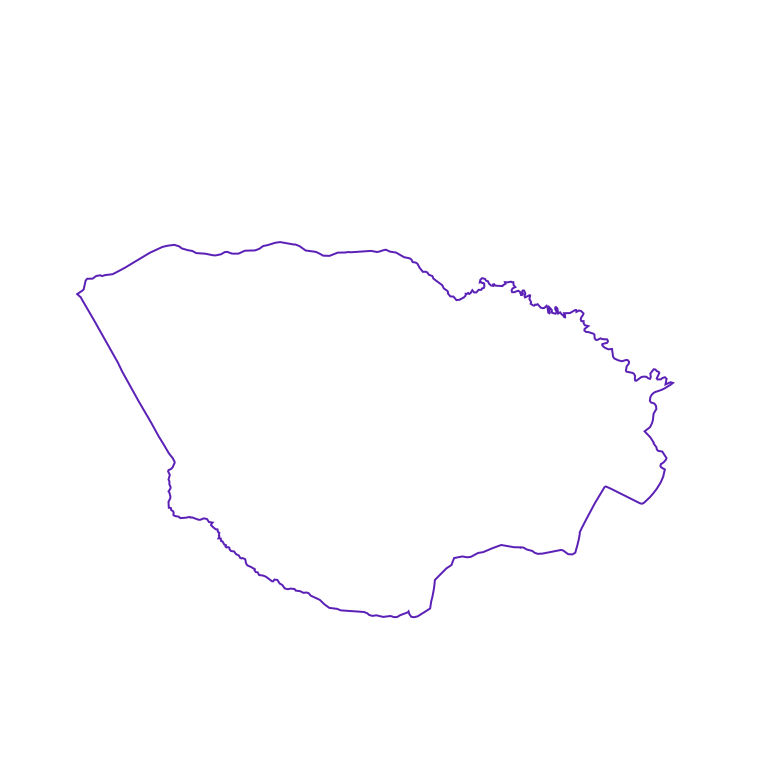 Kungu, Équateur, Democratic Republic of the Congo, rotated 59°
{"feature_id": "63176286B55786633055845", "entity_name": "Kungu", "entity_type": "district", "adm_level": 2, "iso_a3": "COD", "parent_name": "Democratic Republic of the Congo", "parent_adm1": "Équateur", "projection": "orthographic", "projection_center": [18.779, 2.549], "detail": "fine", "context": "isolated", "style": "outline", "palette": "violet", "viewbox_px": 768, "rotation_deg": 59, "n_neighbors": 0, "source": "geoboundaries", "source_scale": "gbopen_adm2", "svg_char_len": 6117}
<svg xmlns="http://www.w3.org/2000/svg" viewBox="0 0 768 768"><g transform="rotate(59 384 384)"><path d="M547.7,546.2L552.6,540.0L555.8,537.6L566.7,522.0L569.1,518.6L571.9,516.4L574.3,515.7L576.7,513.5L578.4,509.6L583.2,504.7L586.2,497.9L589.0,495.5L590.5,492.8L590.5,489.2L592.0,481.2L591.6,480.1L594.5,480.8L597.6,480.5L599.5,478.2L600.5,474.7L600.2,460.1L595.0,455.8L590.9,451.7L586.3,447.6L583.4,445.2L578.2,441.3L574.2,425.6L573.9,419.3L573.1,418.4L570.7,415.4L569.3,413.5L572.2,405.6L575.4,402.0L576.9,398.5L577.3,390.3L579.2,385.6L580.6,375.5L582.4,366.4L590.9,356.6L593.9,351.8L594.6,351.4L594.4,350.8L596.3,348.5L599.1,347.1L603.7,342.7L605.9,342.0L608.7,339.8L611.0,335.5L617.4,317.8L618.9,316.2L624.7,313.8L627.1,310.3L627.1,306.9L621.7,301.2L617.0,296.6L613.1,293.2L612.0,292.7L609.6,289.1L604.1,280.2L594.7,264.5L586.1,248.3L586.0,247.6L586.1,246.6L590.4,243.6L615.9,227.4L618.1,226.0L619.4,224.7L619.7,223.6L619.7,222.3L618.0,214.4L616.3,209.3L614.4,204.4L610.9,197.5L607.2,192.4L601.9,187.3L598.3,189.3L596.7,189.3L595.3,188.0L595.2,184.7L594.0,181.2L593.0,180.0L585.2,180.3L583.0,182.9L582.4,183.5L580.6,183.8L578.5,183.1L573.8,183.5L573.2,183.0L566.8,183.2L558.8,185.0L558.0,178.2L555.6,174.4L553.4,172.1L548.2,168.1L545.7,163.4L542.8,162.1L540.0,162.3L537.4,164.6L535.4,164.8L534.1,163.8L532.3,162.2L531.1,160.1L530.5,157.5L530.6,155.3L531.3,152.5L532.0,148.8L532.3,145.7L532.2,141.6L532.3,139.5L531.9,135.8L530.1,137.4L529.3,142.9L525.1,139.1L522.9,139.7L522.3,142.1L522.6,144.4L521.0,147.2L519.7,147.4L516.4,142.4L515.1,142.3L513.5,143.5L511.4,143.9L510.3,145.2L512.2,150.3L515.4,151.7L516.2,152.7L516.6,153.3L515.2,154.6L512.9,155.4L511.2,158.0L510.6,160.0L511.0,164.3L511.2,165.9L510.5,166.9L508.7,166.3L506.4,164.6L504.0,164.5L502.5,165.2L498.3,169.8L497.0,169.7L493.8,166.8L492.7,163.8L491.4,162.6L489.4,162.6L488.1,164.0L487.1,168.2L484.6,170.8L480.8,173.4L478.5,173.6L474.9,172.0L471.4,170.5L469.9,173.7L467.2,175.7L464.7,176.8L462.9,176.9L462.2,176.2L462.5,175.4L462.9,173.8L463.6,171.7L463.5,171.4L463.2,170.6L462.4,169.9L460.6,169.8L458.2,173.5L456.4,174.9L456.0,178.8L455.3,179.6L453.3,179.9L450.0,178.2L448.7,178.6L445.3,181.6L444.8,182.0L443.4,184.0L441.4,184.7L440.1,183.7L439.6,179.1L437.0,181.6L434.8,181.6L432.9,180.5L431.8,182.4L430.1,182.2L428.6,180.8L427.2,177.6L426.2,176.6L422.9,177.5L421.5,178.9L421.3,181.9L419.7,181.1L419.1,181.9L419.0,186.3L419.0,188.0L418.4,189.1L416.1,193.1L418.0,193.3L420.1,194.4L419.5,195.1L416.7,195.1L416.2,195.8L413.3,196.1L413.3,198.4L408.8,196.6L406.9,196.8L406.5,197.5L407.7,198.6L410.5,198.8L411.6,199.5L412.1,200.7L411.8,201.1L409.6,203.2L408.1,202.6L406.7,202.1L403.0,202.9L404.3,204.0L408.1,204.9L408.6,205.8L407.5,206.4L402.5,204.4L401.3,204.3L400.7,204.3L401.4,207.4L400.6,209.1L399.3,210.3L394.7,211.2L394.6,211.9L394.5,213.0L393.8,213.5L394.0,214.2L394.2,214.8L393.6,215.6L390.8,217.0L389.5,215.7L386.1,215.6L383.8,213.5L383.3,213.1L382.9,213.4L382.4,218.5L381.0,218.3L379.3,216.2L376.0,215.8L375.3,217.0L376.2,218.2L376.5,218.3L378.4,218.5L378.8,219.8L378.3,220.7L374.9,220.0L373.1,221.0L372.6,224.0L372.3,225.4L371.2,226.9L369.4,226.4L368.3,224.6L368.6,221.5L366.2,222.0L363.3,220.7L362.7,221.9L361.7,222.4L360.5,225.7L359.0,227.9L360.7,228.2L360.6,231.0L361.1,232.0L357.8,236.8L356.9,238.0L355.2,238.2L355.1,238.6L354.9,239.2L356.1,239.9L354.7,241.5L352.0,242.3L349.5,242.0L348.0,243.3L346.8,243.3L345.9,243.3L343.8,245.4L344.3,247.7L346.3,249.6L346.9,248.1L348.2,247.7L348.7,246.7L349.5,246.4L352.1,247.8L352.8,248.7L353.1,249.0L352.6,250.7L353.4,252.1L353.3,252.3L352.0,254.4L353.1,257.7L351.8,259.7L349.1,260.0L349.8,261.4L350.6,262.8L350.7,264.6L349.3,265.0L349.5,266.4L348.7,267.5L349.7,268.0L350.5,269.2L350.9,271.0L350.7,275.8L349.4,278.7L344.9,279.4L343.1,282.0L339.3,282.6L338.3,281.8L336.9,281.7L332.9,283.5L329.3,283.2L321.8,286.3L319.0,287.4L316.5,286.9L313.4,289.3L310.7,289.4L309.2,290.5L307.9,292.9L303.0,293.6L302.8,293.6L302.6,293.6L298.1,293.4L296.2,294.3L294.3,296.6L291.5,296.4L289.5,297.3L285.6,301.5L277.5,306.0L273.7,310.6L269.8,313.3L268.7,316.8L268.3,319.1L267.2,322.1L263.3,326.4L254.1,344.4L252.2,347.1L251.4,349.4L247.6,355.9L246.1,364.7L242.6,370.1L239.2,372.0L235.7,374.3L229.2,382.4L222.3,385.4L218.8,388.1L218.1,389.3L208.8,400.0L206.9,404.6L205.0,412.3L203.5,416.5L203.9,421.1L203.1,425.7L198.1,434.6L197.3,441.5L195.4,444.9L193.9,447.2L190.0,450.3L188.9,452.6L188.9,456.8L187.0,462.2L185.4,464.5L180.4,469.9L178.5,472.6L175.1,477.5L171.2,479.8L168.2,483.3L163.6,487.5L160.5,488.7L156.7,492.1L154.0,498.3L152.4,503.3L150.9,517.1L150.9,545.9L150.5,554.3L150.1,560.1L147.0,567.0L146.3,570.0L144.7,571.2L143.2,575.0L143.6,579.6L140.9,584.2L141.7,586.5L148.2,592.7L148.6,594.2L148.9,600.7L152.8,599.5L153.4,599.2L155.4,599.4L179.3,599.7L228.8,601.1L238.3,602.0L272.9,603.2L297.1,603.5L313.1,604.1L323.7,604.0L332.7,604.1L338.8,603.3L342.5,603.5L343.6,603.9L346.5,608.0L347.2,610.5L346.8,613.0L347.8,614.1L351.6,614.4L354.9,617.9L357.3,618.2L359.2,619.6L362.4,620.0L363.6,620.9L365.1,624.0L366.6,623.9L370.6,625.1L372.0,626.2L372.3,626.7L374.0,629.4L379.3,632.2L379.6,631.7L380.4,630.6L382.6,631.3L384.1,630.4L385.7,630.4L387.8,632.0L389.5,631.2L390.2,630.4L392.0,628.3L394.1,627.6L396.5,622.8L397.9,619.0L398.9,618.6L399.4,617.3L404.8,612.9L405.7,611.6L406.4,607.6L408.5,605.3L412.2,605.1L414.5,602.3L415.3,604.4L416.1,605.0L420.0,603.8L421.9,603.0L422.9,601.6L423.8,602.0L425.1,602.5L426.8,601.8L428.5,603.4L429.7,603.5L431.1,605.4L432.3,603.5L434.8,604.5L435.7,603.5L439.3,603.6L440.8,602.5L441.7,603.6L442.9,603.3L443.5,601.7L444.6,600.9L446.2,601.5L448.3,601.2L450.4,598.7L453.6,598.5L454.3,598.0L456.1,596.8L459.1,596.8L460.1,596.0L460.2,595.1L462.3,593.4L463.6,593.4L465.8,594.4L468.3,594.7L469.8,594.1L472.4,592.2L476.2,590.1L476.9,590.9L479.1,590.8L480.4,589.3L483.5,589.4L485.8,586.4L488.5,584.4L495.4,581.6L496.1,580.7L495.2,578.6L497.1,576.3L501.2,576.2L503.9,574.7L508.1,574.4L510.4,572.1L511.3,569.3L513.8,566.2L515.6,566.1L518.4,562.6L521.5,560.6L522.9,557.7L524.4,556.4L527.7,555.8L535.8,550.3L537.8,549.7L542.0,548.6L547.7,546.2Z" fill="none" stroke="#5b21b6" stroke-width="2"/></g></svg>